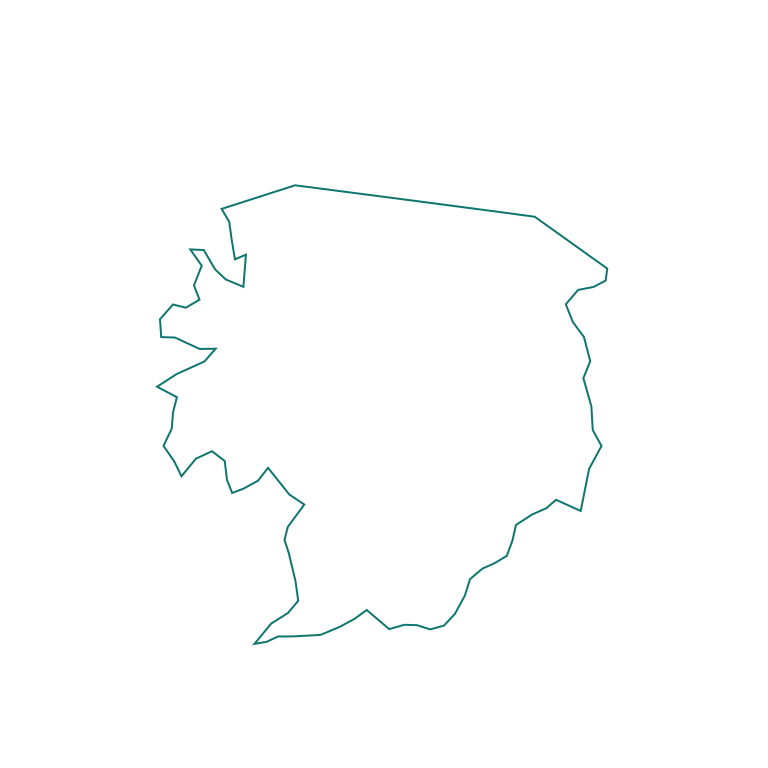 outline of Mulungu, Ceará, Brazil, rotated 327°
{"feature_id": "56859067B22800434972172", "entity_name": "Mulungu", "entity_type": "district", "adm_level": 2, "iso_a3": "BRA", "parent_name": "Brazil", "parent_adm1": "Ceará", "projection": "albers", "projection_center": [-39.009, -4.317], "detail": "fine", "context": "isolated", "style": "outline", "palette": "teal", "viewbox_px": 768, "rotation_deg": 327, "n_neighbors": 0, "source": "geoboundaries", "source_scale": "gbopen_adm2", "svg_char_len": 1246}
<svg xmlns="http://www.w3.org/2000/svg" viewBox="0 0 768 768"><g transform="rotate(327 384 384)"><path d="M479.8,597.6L509.8,566.9L532.7,554.4L534.0,536.3L545.7,515.8L554.4,487.7L569.4,477.2L577.3,453.5L576.1,435.1L579.9,416.2L598.0,410.8L612.5,416.7L626.2,418.0L634.1,408.8L601.5,325.8L536.1,269.8L417.6,168.9L343.2,148.7L342.5,163.8L334.8,180.1L326.9,198.3L338.7,200.3L330.0,211.6L319.0,225.9L308.3,210.3L304.8,196.0L305.8,173.5L294.8,165.6L295.6,185.5L278.3,197.8L275.2,212.8L259.4,212.1L250.3,202.4L231.4,207.7L222.7,223.3L234.0,231.2L240.6,241.7L248.5,254.2L262.0,262.7L245.7,267.3L215.6,262.7L192.2,262.7L203.1,282.3L191.7,292.8L181.7,305.8L165.4,315.8L165.9,334.7L163.9,351.1L185.6,344.2L203.1,346.7L208.5,361.8L200.1,378.9L197.3,392.7L209.0,395.2L225.6,396.5L241.1,391.2L244.4,425.1L251.5,441.7L225.6,451.4L215.6,460.6L212.3,473.2L202.6,500.7L194.0,519.1L178.9,523.7L158.8,523.5L133.9,531.4L145.1,536.3L157.6,538.0L170.0,546.0L194.0,559.8L214.9,563.6L231.4,564.9L246.4,564.1L254.9,592.4L269.9,597.0L280.3,604.2L289.0,614.9L302.7,619.3L318.3,615.4L336.6,605.5L349.9,594.5L365.9,592.4L379.2,594.5L393.4,595.0L406.4,585.3L417.9,574.1L437.2,574.1L452.5,576.6L465.2,574.8L479.8,597.6Z" fill="none" stroke="#0f766e" stroke-width="2"/></g></svg>